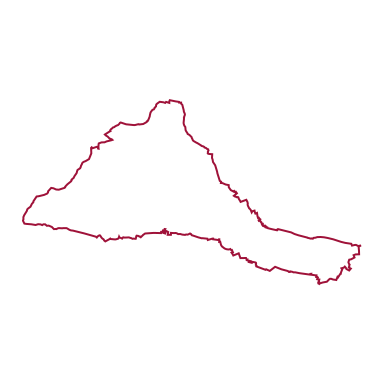 Carta, Harghita, Romania
{"feature_id": "2599482B48066587484568", "entity_name": "Carta", "entity_type": "district", "adm_level": 2, "iso_a3": "ROU", "parent_name": "Romania", "parent_adm1": "Harghita", "projection": "equal_earth", "projection_center": [25.713, 46.564], "detail": "fine", "context": "isolated", "style": "outline", "palette": "rose", "viewbox_px": 384, "rotation_deg": 0, "n_neighbors": 0, "source": "geoboundaries", "source_scale": "gbopen_adm2", "svg_char_len": 6022}
<svg xmlns="http://www.w3.org/2000/svg" viewBox="0 0 384 384"><path d="M322.7,282.5L326.9,281.7L329.1,279.4L330.0,278.8L331.2,278.8L333.0,279.5L336.3,280.0L337.5,276.9L338.0,277.4L340.6,273.4L340.8,273.5L341.1,272.2L342.4,268.9L341.5,268.5L341.4,268.3L343.9,267.6L344.8,266.6L345.8,267.7L346.4,269.0L349.2,270.5L350.8,268.6L348.8,267.5L348.9,267.0L349.3,266.4L349.3,265.3L349.6,264.6L349.0,263.9L348.4,262.2L349.2,259.7L351.1,259.3L354.5,257.5L353.6,255.2L355.7,254.4L359.1,254.3L359.0,250.7L358.6,246.5L359.8,246.1L361.0,245.4L358.5,246.0L357.8,245.9L357.0,245.4L355.9,244.9L354.5,245.0L352.0,245.6L351.3,243.8L345.3,242.9L341.2,241.9L333.2,239.3L327.8,238.0L324.1,237.3L320.7,237.0L317.3,237.1L315.4,237.7L313.4,237.9L312.9,238.7L312.0,238.7L311.3,238.4L310.4,238.6L309.3,238.2L307.5,237.8L307.4,237.6L298.5,235.3L294.5,234.0L291.2,232.4L278.0,229.1L277.4,230.1L276.7,229.9L276.6,230.2L272.0,229.2L268.3,228.3L268.3,228.2L266.6,227.7L266.8,227.3L265.7,227.2L265.9,226.4L265.4,226.2L265.3,226.5L265.1,226.5L265.1,226.3L264.7,226.3L264.8,225.7L264.4,225.7L264.4,226.2L262.9,225.9L262.5,225.2L262.8,225.2L262.6,224.6L262.3,224.6L262.3,224.4L262.8,224.3L262.8,223.8L261.0,223.8L261.9,223.4L260.8,222.0L261.0,221.9L259.6,220.4L258.9,220.8L258.7,220.4L259.6,219.9L259.4,219.7L260.1,219.2L259.7,218.9L258.7,217.6L258.0,217.9L257.5,216.3L257.0,212.9L255.4,213.6L254.9,212.4L254.5,210.6L252.4,211.2L251.7,212.4L250.7,209.9L249.6,208.6L249.2,208.4L247.8,205.5L247.6,204.1L247.8,203.4L247.4,201.9L246.3,199.8L240.6,201.9L240.0,200.7L238.9,199.0L238.3,197.3L237.8,197.0L237.0,197.3L236.3,196.9L235.1,196.6L233.9,195.8L236.9,193.3L235.9,191.9L235.4,192.3L234.4,191.2L234.2,191.6L233.8,191.3L233.6,191.6L230.8,190.1L228.8,187.3L228.7,185.1L225.6,184.5L222.5,183.1L220.9,183.0L221.1,181.7L219.8,180.9L217.4,173.3L217.1,171.6L215.2,165.3L213.0,162.0L212.6,159.6L212.0,157.9L212.2,154.2L209.4,154.0L208.1,153.7L207.8,153.4L208.0,152.9L207.8,152.0L208.5,150.3L208.1,149.8L208.1,149.3L207.3,149.1L206.0,148.0L204.5,147.5L204.2,146.9L203.3,146.4L201.5,145.9L201.2,145.5L197.2,143.0L196.6,142.8L193.4,140.9L192.8,140.2L192.5,139.2L192.0,138.5L191.6,137.1L189.4,134.9L187.7,134.0L187.6,133.5L186.0,131.0L185.6,130.1L185.3,127.0L184.3,125.6L183.7,123.8L183.6,122.7L184.0,118.8L183.9,117.8L184.1,117.5L184.1,116.9L184.8,115.1L184.9,114.2L184.4,112.8L183.9,111.8L183.7,110.2L182.3,104.8L181.1,103.6L181.1,102.6L179.1,102.6L179.0,101.9L175.7,101.4L169.8,100.2L169.3,101.3L169.3,102.9L166.1,101.9L165.2,102.9L163.5,102.3L159.7,101.8L157.3,103.5L156.5,104.2L156.1,105.0L156.0,106.4L154.5,107.9L154.5,108.4L153.8,109.4L152.5,109.8L151.1,111.6L150.5,112.6L149.9,115.1L149.7,116.5L148.3,120.0L147.2,121.1L147.4,121.3L146.4,122.2L143.2,124.0L139.1,124.5L138.8,124.2L138.3,124.2L135.2,125.0L134.1,125.1L126.1,124.3L120.7,122.5L120.0,122.8L119.3,123.9L118.0,125.1L116.8,125.5L115.2,126.3L114.3,127.1L112.9,127.5L112.0,128.5L111.2,129.0L110.3,130.1L110.2,130.3L110.5,131.1L109.6,131.5L104.9,134.5L105.9,135.5L107.7,136.6L109.4,138.4L111.9,139.4L112.4,139.9L111.2,140.3L106.6,141.4L104.6,142.3L101.5,142.4L98.8,143.4L98.6,144.1L98.4,147.0L98.6,148.7L98.1,148.6L97.7,147.3L97.4,146.8L96.9,146.8L92.3,148.3L92.3,148.0L91.7,147.3L91.1,147.9L91.3,153.4L89.0,159.1L85.6,161.1L83.8,161.8L82.6,162.6L82.1,163.4L81.8,164.4L81.1,165.5L80.6,167.3L80.1,168.3L79.7,168.4L79.2,168.9L77.6,169.9L77.0,171.4L77.0,171.7L76.6,173.1L74.5,176.1L73.5,178.1L72.5,178.8L71.7,179.6L71.4,180.1L71.6,180.4L71.1,181.3L67.4,184.3L65.7,186.1L65.0,187.0L65.1,187.4L64.4,187.9L58.8,189.7L56.1,189.5L53.5,188.3L51.2,187.9L48.1,191.3L48.0,192.5L47.1,193.6L44.1,194.9L38.8,196.2L36.6,196.5L33.4,201.3L33.3,202.3L31.9,203.8L30.5,206.7L28.1,208.5L27.3,209.3L26.8,211.0L24.2,215.2L23.4,217.1L23.4,219.6L23.0,220.3L23.1,221.0L24.4,223.6L26.3,223.9L31.4,224.3L35.6,225.0L38.1,224.2L40.6,224.4L42.2,225.1L43.4,224.3L45.1,224.3L46.9,225.8L48.4,225.6L49.2,225.8L51.9,227.0L53.9,229.1L55.8,229.0L56.3,229.1L57.9,228.3L58.8,228.1L62.3,228.3L63.2,228.1L66.4,228.1L67.3,228.5L69.4,229.8L71.0,230.4L72.9,230.6L84.2,233.4L95.9,236.7L96.8,237.5L97.6,236.5L98.6,235.7L99.8,235.3L100.2,235.6L101.5,237.6L102.3,238.5L103.4,239.2L103.7,239.5L104.2,240.5L105.3,241.4L109.4,239.2L110.2,238.6L110.5,239.0L114.6,239.4L115.7,239.4L118.1,238.7L118.8,237.7L119.1,236.7L119.5,237.5L120.1,237.8L120.9,237.9L122.1,238.6L123.2,237.3L124.7,237.6L128.9,237.4L130.3,237.9L131.2,238.1L132.5,238.8L133.4,238.6L135.7,238.8L136.1,237.5L136.2,236.4L136.6,235.7L138.2,235.9L138.8,236.3L140.0,236.5L140.3,237.1L140.7,237.3L142.9,235.2L143.0,235.0L145.1,233.5L153.8,232.9L161.0,233.1L161.1,232.0L162.0,232.2L162.9,230.5L163.7,230.9L164.6,229.0L165.3,229.1L163.6,233.0L165.2,233.5L166.0,231.0L166.5,231.1L168.2,232.0L167.7,234.8L170.9,234.8L171.0,232.9L173.8,233.1L175.8,233.0L177.0,233.4L178.1,234.1L180.2,234.0L182.3,234.6L185.1,234.9L185.4,234.7L186.2,234.5L187.5,234.6L188.5,234.3L190.0,233.5L190.3,233.6L190.8,234.1L191.2,234.2L191.7,235.2L192.8,235.5L198.4,237.4L201.8,238.3L202.4,238.2L207.4,238.7L207.8,240.0L212.4,238.6L213.1,238.6L213.1,239.3L218.9,240.1L219.0,239.3L219.3,239.3L219.2,241.9L220.2,241.7L221.0,244.9L221.9,246.4L224.6,248.5L226.4,249.2L228.4,249.5L229.7,249.3L230.3,249.0L231.4,250.3L231.7,250.4L232.0,250.2L232.9,252.3L231.6,252.7L232.7,254.3L233.3,255.5L238.7,253.3L240.4,258.1L246.0,258.0L246.6,259.5L247.2,259.5L246.9,260.2L250.4,261.1L250.2,261.4L248.9,261.1L248.8,261.4L250.1,261.7L249.5,262.2L251.8,262.8L252.0,261.8L255.2,262.4L255.9,262.7L256.1,263.5L255.8,264.9L256.5,265.6L256.3,266.4L265.5,269.8L266.1,269.3L269.8,270.9L275.1,266.8L281.4,269.3L287.4,270.9L288.3,271.3L288.8,271.9L289.2,272.0L290.1,271.9L290.3,271.4L292.6,271.9L293.3,272.3L295.1,272.3L299.6,273.2L309.9,274.6L310.2,273.9L311.2,273.8L311.0,274.7L315.4,275.3L316.4,275.3L316.1,277.0L317.5,277.5L317.6,277.2L317.9,277.5L317.2,279.2L319.3,279.5L319.0,280.8L319.1,281.4L318.6,281.5L318.6,282.0L318.2,282.7L318.3,283.3L318.5,283.6L319.4,283.6L319.5,283.8L320.1,283.3L322.7,282.5Z" fill="none" stroke="#9f1239" stroke-width="2"/></svg>